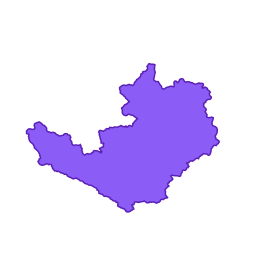 outline of Espinar, Cusco, Peru, rotated 121°
{"feature_id": "86281439B7669862240315", "entity_name": "Espinar", "entity_type": "district", "adm_level": 2, "iso_a3": "PER", "parent_name": "Peru", "parent_adm1": "Cusco", "projection": "robinson", "projection_center": [-71.342, -14.994], "detail": "fine", "context": "isolated", "style": "filled", "palette": "violet", "viewbox_px": 256, "rotation_deg": 121, "n_neighbors": 0, "source": "geoboundaries", "source_scale": "gbopen_adm2", "svg_char_len": 5839}
<svg xmlns="http://www.w3.org/2000/svg" viewBox="0 0 256 256"><g transform="rotate(121 128 128)"><path d="M92.4,43.1L92.0,45.7L92.2,47.0L91.1,47.7L90.6,48.7L90.0,49.1L87.3,49.1L85.8,49.4L83.4,50.6L82.1,52.1L81.9,54.0L82.3,56.4L81.9,57.5L79.8,59.0L76.8,59.5L75.3,60.2L75.6,62.0L76.6,62.8L77.8,64.5L78.0,66.3L77.6,66.6L76.1,66.9L74.3,70.2L73.3,70.4L72.5,70.2L71.5,70.8L70.5,74.3L69.2,75.1L68.4,75.2L67.9,75.8L66.0,74.7L64.3,75.1L62.3,74.2L61.3,72.6L59.9,72.0L58.5,72.6L58.1,74.5L57.0,75.9L56.7,76.1L54.9,75.9L54.4,77.0L54.1,79.7L53.8,80.2L53.2,80.4L53.1,82.7L53.5,83.3L54.3,83.6L55.2,84.5L54.7,84.7L54.6,85.7L53.4,85.3L52.4,85.5L51.6,86.1L51.4,86.9L51.8,88.0L52.9,89.6L52.8,90.4L53.4,90.7L55.7,92.6L56.1,94.3L56.2,96.8L56.9,97.5L56.8,99.0L57.6,100.7L59.1,102.4L58.9,103.8L57.7,105.8L58.1,107.3L58.5,107.9L59.9,108.7L61.3,108.4L63.5,108.7L63.7,109.3L63.0,110.5L63.4,111.7L63.7,112.0L65.2,112.1L68.3,110.0L69.0,110.0L69.5,110.6L69.6,112.0L70.3,113.1L71.9,114.3L73.4,115.9L75.7,117.0L76.6,118.1L76.3,119.6L75.0,120.9L74.3,123.0L72.7,125.9L72.7,126.3L73.3,127.0L73.8,128.2L73.8,129.8L73.4,130.9L69.2,132.3L68.4,132.8L66.3,133.3L64.2,135.6L62.9,136.0L62.0,136.9L60.9,137.0L60.0,137.4L60.1,138.7L61.5,141.2L61.9,142.9L62.7,143.3L64.3,143.2L65.4,143.5L66.0,142.5L67.7,141.5L68.8,142.0L70.1,141.9L71.8,144.0L72.4,144.3L73.3,143.6L75.0,144.7L77.4,143.8L78.5,144.2L80.3,144.5L82.0,145.5L83.7,145.4L85.5,145.9L87.4,145.4L88.2,145.5L89.2,146.0L89.2,147.1L89.9,147.7L89.9,149.3L92.2,151.3L93.1,152.5L93.2,153.5L94.3,154.7L97.0,155.9L97.8,156.0L99.6,154.7L100.0,153.4L101.2,153.2L102.0,152.6L102.3,149.1L102.8,147.7L102.7,146.8L103.7,145.3L103.9,143.4L104.5,142.0L104.5,140.5L104.8,140.4L107.2,141.4L108.5,141.6L109.1,142.4L109.8,142.8L113.1,143.2L114.0,143.8L114.3,143.7L116.0,141.6L117.4,141.2L118.4,140.0L119.0,138.5L118.6,136.4L117.7,135.4L116.6,135.1L115.6,134.2L115.5,132.5L114.5,130.0L114.9,128.7L115.0,125.0L115.3,124.6L116.1,125.3L117.6,125.2L118.7,125.7L120.6,125.8L121.8,126.2L123.0,125.4L124.6,125.4L124.9,127.7L125.3,128.3L126.0,128.7L127.3,128.8L128.0,129.5L127.9,130.1L127.4,130.3L127.4,130.6L127.7,131.2L128.8,131.4L129.2,132.6L129.5,135.3L130.5,135.7L131.3,136.5L132.8,137.5L134.1,140.2L135.5,141.0L136.8,143.9L137.2,144.1L138.4,143.7L139.7,146.2L141.3,146.2L142.2,147.0L143.5,147.4L144.2,150.5L145.3,151.2L146.7,151.0L147.2,149.8L148.7,149.1L150.1,147.3L151.1,146.6L152.4,145.0L153.4,144.1L154.7,143.5L154.7,143.3L153.7,141.3L153.9,140.7L155.2,140.6L155.9,139.7L157.4,139.6L158.0,140.6L159.3,141.1L160.1,141.9L160.6,141.5L161.8,138.2L163.2,138.4L162.8,139.7L163.4,140.6L163.2,142.1L164.9,145.5L165.7,145.8L167.1,145.4L167.6,146.1L169.9,146.9L170.3,147.5L170.6,149.2L171.5,150.2L173.3,151.1L173.5,151.5L173.4,152.8L172.6,154.5L171.6,155.0L171.0,156.3L170.2,156.3L169.4,156.6L168.9,157.5L168.8,158.4L167.4,159.2L166.8,160.4L168.1,160.9L169.3,163.8L170.8,165.6L170.8,167.3L170.1,168.2L168.9,169.0L167.9,171.2L167.1,172.1L166.7,172.3L165.6,172.1L164.1,174.2L164.9,175.6L164.3,177.3L165.3,179.0L166.0,179.6L167.5,179.7L170.2,182.6L170.1,184.5L170.4,185.9L169.8,188.1L170.4,190.3L171.7,191.5L171.9,193.4L172.4,194.6L172.3,196.1L171.3,197.0L170.1,197.6L169.3,199.4L168.9,201.3L169.4,202.3L168.6,204.4L168.5,207.2L170.4,208.9L170.8,209.0L171.9,210.0L172.4,210.2L173.1,210.1L174.2,209.7L175.7,207.9L177.2,207.7L178.6,209.4L179.1,211.5L180.2,212.8L182.4,213.4L183.4,213.2L184.0,212.6L184.8,212.3L185.0,211.7L184.4,210.5L184.4,209.7L186.6,208.9L187.3,207.9L188.0,207.6L189.5,206.0L190.2,204.5L190.7,201.2L192.4,198.5L193.4,197.8L193.5,196.4L194.4,192.9L195.6,190.8L198.9,187.4L200.2,188.1L202.3,187.7L202.9,188.0L203.1,187.8L204.3,185.8L204.6,184.7L204.2,182.4L202.6,180.7L200.7,179.5L200.2,178.2L200.3,177.1L199.3,176.2L198.9,174.9L199.2,174.1L200.2,173.7L200.5,172.7L201.4,171.9L202.0,170.7L202.2,169.4L202.6,168.8L201.9,167.9L201.9,166.4L200.9,165.3L200.9,163.4L201.1,162.4L200.4,161.4L200.4,158.5L199.8,157.7L199.5,156.6L199.5,156.2L200.2,155.7L200.3,155.3L200.3,152.5L199.9,152.0L200.0,149.6L199.7,148.6L197.5,146.6L197.7,145.3L197.4,144.0L197.9,142.1L197.1,140.0L197.1,139.1L197.7,136.9L197.6,135.7L197.1,134.4L197.1,132.2L196.5,131.1L195.9,128.9L196.1,127.7L195.9,124.0L196.4,123.1L197.2,122.5L196.9,121.8L197.1,120.7L199.0,119.2L198.1,115.7L198.8,113.6L198.4,112.4L197.6,111.2L197.5,110.1L197.2,109.6L197.1,108.1L197.4,107.4L197.3,106.9L197.8,106.6L197.7,104.7L198.0,103.6L197.7,102.1L197.2,101.5L197.1,100.4L197.9,99.9L197.3,98.7L197.4,97.9L200.1,96.8L199.9,96.1L200.2,95.1L199.9,94.4L200.2,93.5L199.7,92.2L199.8,91.0L199.2,89.8L199.7,88.6L199.7,87.4L200.4,87.0L200.5,85.8L199.6,84.2L198.2,83.2L197.1,82.8L196.5,82.2L195.2,81.9L194.5,81.3L193.4,82.4L193.0,83.9L192.1,85.0L191.4,84.8L190.9,83.6L188.0,84.0L187.3,83.2L186.2,80.3L184.7,79.1L183.4,77.4L182.2,76.4L182.4,73.2L180.9,71.3L180.3,71.3L180.0,71.1L179.7,69.8L178.9,69.1L178.2,67.7L177.6,64.6L176.1,63.9L175.8,63.3L175.5,63.1L173.8,62.7L173.3,63.0L172.6,63.0L171.6,62.1L171.0,60.7L169.6,60.5L167.6,58.3L167.1,58.3L166.7,60.2L166.4,60.4L166.3,61.0L165.4,61.7L164.8,62.5L163.3,62.9L162.9,63.7L162.1,64.4L159.4,64.1L156.7,63.0L156.5,63.4L156.5,64.3L155.2,65.3L154.9,65.3L153.6,64.5L152.6,65.0L151.0,63.8L149.0,63.2L148.4,63.7L147.1,66.6L146.0,66.2L144.8,63.3L143.5,61.0L142.9,58.9L142.1,58.3L141.4,58.3L140.1,58.9L138.1,58.8L136.4,59.3L135.4,58.6L135.0,57.2L133.5,56.7L132.7,57.0L131.8,56.9L131.2,56.6L130.9,56.1L130.4,56.3L129.5,56.0L129.2,56.9L128.5,57.6L128.2,59.1L127.7,59.7L126.6,58.1L126.2,57.9L125.1,58.1L124.4,57.6L123.5,56.7L123.3,55.7L121.8,54.8L120.2,54.5L118.3,53.3L118.0,51.7L116.4,52.1L115.4,51.9L114.6,51.2L113.4,51.2L112.7,50.4L111.2,50.2L110.3,48.1L109.7,47.3L110.0,45.2L109.1,44.2L107.8,44.2L105.3,44.8L103.1,46.0L101.3,45.6L99.8,45.7L98.7,45.3L98.2,44.8L97.6,43.3L96.2,43.3L94.8,42.6L92.8,42.7L92.4,43.1Z" fill="#8b5cf6" stroke="#5b21b6" stroke-width="1.5"/></g></svg>